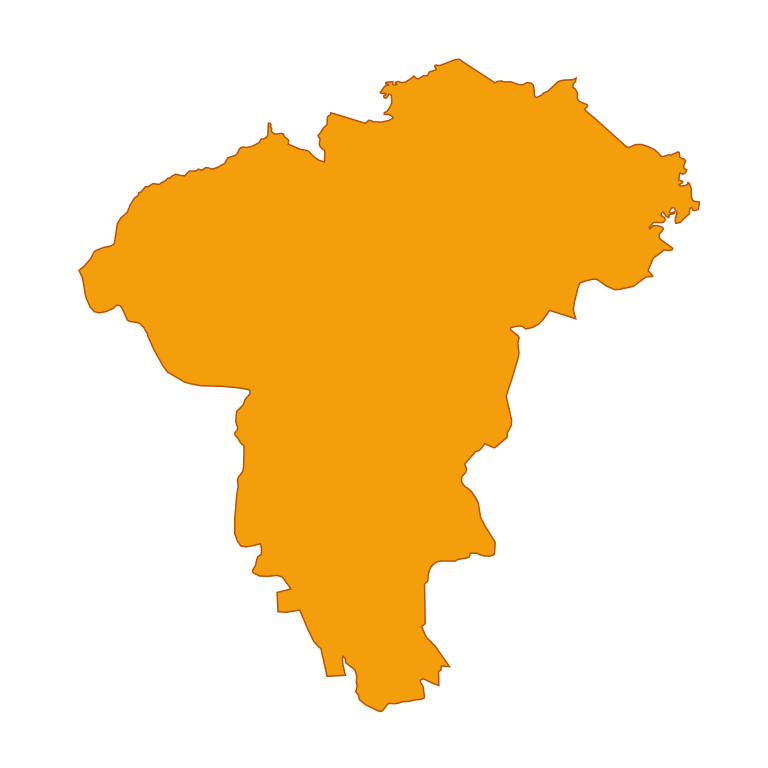 outline of Krong Pac, Đắk Lắk, Vietnam, rotated 272°
{"feature_id": "81297802B85821133415944", "entity_name": "Krong Pac", "entity_type": "district", "adm_level": 2, "iso_a3": "VNM", "parent_name": "Vietnam", "parent_adm1": "Đắk Lắk", "projection": "robinson", "projection_center": [108.37, 12.687], "detail": "fine", "context": "isolated", "style": "filled", "palette": "amber", "viewbox_px": 768, "rotation_deg": 272, "n_neighbors": 0, "source": "geoboundaries", "source_scale": "gbopen_adm2", "svg_char_len": 6127}
<svg xmlns="http://www.w3.org/2000/svg" viewBox="0 0 768 768"><g transform="rotate(272 384 384)"><path d="M229.3,240.0L221.9,243.0L217.0,246.7L216.4,251.5L217.6,257.7L220.1,266.2L214.5,267.4L209.4,267.3L207.1,264.0L204.4,263.0L198.3,261.9L193.2,259.2L191.6,259.2L190.3,260.5L187.7,266.8L187.8,275.2L189.0,284.1L187.5,289.2L175.9,298.2L172.0,284.4L152.7,286.0L152.5,294.4L155.1,307.7L136.1,316.5L124.3,322.8L119.1,327.9L117.3,330.2L89.9,337.3L91.5,355.5L101.9,352.8L107.3,352.0L110.4,352.5L108.4,354.9L104.2,355.4L97.2,365.0L90.7,367.1L85.3,366.7L81.1,367.8L75.8,366.6L74.3,367.3L72.7,369.0L67.7,370.5L62.8,376.6L56.7,390.5L56.8,393.0L58.5,394.8L63.8,398.5L64.8,399.9L65.1,401.2L64.8,404.8L65.4,409.3L67.2,413.7L67.7,420.3L69.3,425.7L70.2,432.1L71.6,435.0L72.6,435.4L83.1,433.6L87.9,430.5L89.1,430.7L90.3,432.1L90.6,434.0L86.1,444.4L84.6,449.3L98.7,448.6L100.1,450.9L104.2,451.1L103.8,459.4L123.5,444.5L132.5,435.1L143.0,430.0L145.9,433.5L185.4,431.5L188.6,434.6L195.3,434.9L200.3,436.1L203.4,437.7L207.8,442.4L209.1,447.0L209.5,461.2L211.3,464.1L212.8,472.0L214.1,475.3L217.1,475.9L218.0,476.6L218.1,483.2L217.0,485.1L215.6,489.7L215.7,496.0L217.2,499.9L220.5,500.5L229.8,500.6L246.6,489.3L254.2,485.2L268.5,482.3L272.4,480.3L279.1,475.5L282.1,472.2L284.3,468.6L288.5,465.0L293.8,464.9L298.8,468.8L301.7,469.6L306.9,467.4L319.5,477.9L320.8,481.2L322.7,483.2L327.8,486.9L324.2,495.8L324.3,497.2L334.9,508.9L339.2,508.9L347.3,512.7L352.5,512.8L376.1,506.5L394.9,512.0L415.6,517.4L419.6,517.8L429.5,516.4L435.2,517.4L436.8,516.4L442.0,509.3L443.6,508.4L445.0,509.0L446.9,518.2L446.2,520.6L444.0,523.4L444.5,526.4L445.9,530.7L449.3,536.5L453.6,540.4L463.3,547.0L455.9,573.4L461.4,571.5L465.0,570.7L470.2,571.0L487.9,574.7L492.0,576.5L494.1,582.0L496.0,588.9L496.1,592.1L495.6,593.9L489.7,602.9L486.3,611.2L486.7,615.4L490.2,629.6L500.2,642.2L500.8,648.7L501.7,648.7L506.3,644.2L508.1,644.4L519.2,648.8L527.7,659.4L527.4,664.7L528.4,667.6L529.9,667.6L538.4,655.0L540.2,654.0L543.3,654.0L548.3,657.7L549.7,657.4L550.7,655.9L551.9,651.5L551.5,647.3L548.5,644.4L548.5,643.7L550.0,643.7L555.0,647.9L554.9,655.7L555.6,657.8L557.7,659.3L559.8,658.9L562.1,655.2L563.8,655.1L565.2,656.0L565.7,657.2L561.6,659.9L560.4,661.8L560.4,662.9L563.2,663.1L564.4,668.0L565.4,668.6L566.2,668.2L564.7,664.8L565.4,663.5L566.6,663.2L568.8,664.5L570.4,666.2L569.9,668.3L567.7,669.2L566.3,670.5L564.3,670.7L559.6,669.3L556.9,669.4L554.8,670.1L555.6,674.1L565.0,683.4L568.5,683.3L570.4,684.1L571.2,685.2L568.3,686.7L568.1,688.4L569.4,692.0L574.8,692.8L577.0,692.6L577.4,687.9L578.2,686.3L581.1,684.8L590.2,684.2L594.6,682.4L596.1,680.9L595.9,680.5L594.1,680.5L592.8,677.8L592.3,674.1L592.8,672.2L593.4,671.8L595.5,675.2L596.7,675.6L598.2,671.5L604.5,672.1L605.4,672.6L604.3,674.5L604.3,676.0L605.6,677.9L608.5,679.1L609.5,677.0L610.7,676.1L612.4,675.9L617.5,677.7L619.1,676.4L619.9,673.6L621.1,671.7L625.5,671.0L626.2,669.7L622.8,662.7L623.0,660.7L621.0,655.0L621.4,652.7L624.2,650.4L627.8,645.8L630.9,638.6L632.4,632.8L632.1,627.1L628.9,620.4L629.5,618.0L656.9,585.3L663.9,576.3L665.7,574.8L668.0,577.4L669.4,577.8L670.5,576.6L673.1,569.8L674.6,568.0L676.6,567.2L680.4,567.3L683.1,566.5L685.9,564.5L687.1,562.5L689.5,562.2L693.1,564.9L696.4,565.3L694.7,562.1L693.9,552.5L692.6,548.0L682.3,537.5L680.4,533.3L678.3,531.6L675.5,526.1L676.3,524.9L677.8,524.3L685.2,523.5L688.4,522.3L689.9,520.3L690.3,516.5L687.7,512.0L688.0,508.0L690.5,499.8L690.1,493.7L690.9,491.0L690.7,488.2L689.0,484.2L708.9,451.2L711.3,447.9L710.6,443.7L704.5,429.3L704.1,426.4L704.7,425.1L703.9,423.8L702.8,423.6L700.7,425.2L699.5,424.4L697.5,418.5L693.8,416.8L693.3,415.2L693.7,412.9L690.4,408.4L690.2,406.2L691.1,404.8L692.6,403.6L692.7,402.8L690.5,400.8L686.3,394.6L685.9,391.1L686.9,387.5L686.3,385.5L685.7,384.8L685.0,384.8L684.5,385.8L683.6,386.2L683.2,384.6L683.4,382.8L684.3,382.3L686.4,382.3L685.8,376.2L685.1,375.1L684.1,375.3L683.7,377.6L682.9,378.2L682.3,375.6L681.3,374.1L675.0,370.0L674.3,370.9L674.5,374.9L674.1,376.1L673.5,375.9L672.2,373.9L670.7,373.7L669.9,374.6L669.7,375.6L670.4,376.9L673.6,378.7L673.8,379.7L673.3,380.8L671.9,381.4L665.4,381.9L661.9,380.7L656.8,377.7L655.4,375.2L654.6,374.6L653.4,374.9L653.6,379.2L652.6,381.7L651.4,383.1L649.8,383.8L647.7,380.1L645.7,372.5L645.6,364.5L647.0,361.0L646.9,359.4L643.9,356.3L653.2,321.5L650.9,320.9L650.1,319.2L648.7,318.1L641.1,318.0L638.2,314.8L632.5,311.5L630.4,309.6L629.2,309.6L626.5,311.6L622.1,310.9L620.0,311.3L617.6,313.1L615.7,316.2L613.5,316.8L603.7,316.8L605.6,310.6L608.9,305.7L614.3,300.2L615.7,292.1L620.3,279.9L623.5,280.3L624.8,279.8L627.6,275.9L630.5,274.6L630.9,272.4L630.1,268.3L630.1,265.9L632.4,262.5L635.1,262.9L636.0,262.6L637.2,261.2L638.6,262.1L639.4,261.9L640.4,261.3L640.9,260.0L640.5,259.4L639.2,259.3L628.9,259.2L626.7,258.2L624.8,255.5L624.7,253.3L624.0,252.3L620.9,250.7L617.1,244.3L615.6,238.7L615.9,234.1L614.9,232.3L613.5,231.1L609.6,229.5L608.3,228.5L607.2,227.2L604.7,220.2L598.8,217.0L595.1,210.8L593.2,206.4L592.9,203.8L593.9,201.0L594.0,198.1L591.6,194.9L591.3,193.6L592.2,191.7L592.1,190.4L590.4,189.1L590.0,182.5L589.6,181.6L585.1,177.5L585.3,173.7L586.4,168.5L584.6,165.1L582.4,162.7L582.3,161.0L579.2,158.3L578.5,156.2L575.6,152.2L576.2,146.1L572.9,141.2L572.9,138.6L568.3,135.2L567.0,133.9L566.9,132.5L564.4,131.8L563.0,130.8L561.4,128.3L554.4,124.3L546.4,121.3L540.8,115.2L535.1,112.0L515.2,109.6L513.7,108.4L512.0,104.8L510.6,98.8L507.1,90.9L505.2,89.2L499.5,86.8L491.7,80.5L486.8,75.2L479.8,78.9L461.0,82.8L450.8,87.5L446.3,91.9L445.1,96.9L446.7,103.6L449.9,110.5L453.2,113.6L453.4,115.6L452.7,117.8L449.6,120.2L438.9,125.3L437.7,127.7L436.9,135.2L435.8,138.0L432.5,141.6L426.0,145.8L423.5,146.4L410.8,152.6L394.5,162.4L388.3,167.3L378.9,184.7L377.4,191.2L375.9,200.9L376.1,221.9L375.0,239.8L373.6,249.3L372.3,250.5L369.4,250.3L363.4,245.5L359.9,244.7L357.6,243.4L351.5,237.7L349.2,237.5L340.9,237.1L335.7,239.3L332.8,239.0L330.3,236.8L329.0,236.6L327.6,236.9L324.4,240.2L321.3,241.8L317.1,246.2L309.9,246.5L296.5,246.5L291.9,246.0L285.6,241.7L283.1,240.9L276.6,241.8L268.0,240.7L244.9,239.6L229.3,240.0Z" fill="#f59e0b" stroke="#b45309" stroke-width="1.5"/></g></svg>